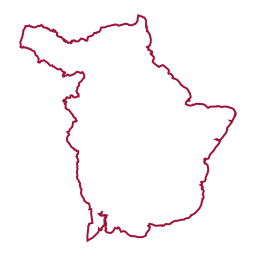 Eton, Shefa, Vanuatu (orthographic projection)
{"feature_id": "77236927B17135940935596", "entity_name": "Eton", "entity_type": "district", "adm_level": 2, "iso_a3": "VUT", "parent_name": "Vanuatu", "parent_adm1": "Shefa", "projection": "orthographic", "projection_center": [168.474, -17.706], "detail": "fine", "context": "isolated", "style": "outline", "palette": "rose", "viewbox_px": 256, "rotation_deg": 0, "n_neighbors": 0, "source": "geoboundaries", "source_scale": "gbopen_adm2", "svg_char_len": 5644}
<svg xmlns="http://www.w3.org/2000/svg" viewBox="0 0 256 256"><path d="M67.3,141.3L68.8,142.8L71.5,147.1L73.8,148.5L73.9,149.4L75.7,149.8L76.6,151.1L78.2,151.1L78.1,153.6L77.0,154.6L77.1,156.1L76.5,156.6L77.8,159.0L78.4,161.3L78.1,162.1L77.2,162.3L77.0,163.4L77.4,166.0L77.2,167.6L77.6,168.8L76.9,171.1L77.4,176.1L76.8,176.8L77.5,178.9L78.8,180.8L78.9,181.7L79.9,182.9L80.1,183.9L79.7,185.1L80.3,186.0L80.4,187.8L81.5,189.4L81.0,193.0L81.5,195.0L82.5,196.8L83.6,198.0L84.2,200.6L86.9,202.9L88.7,203.3L89.5,205.2L89.8,206.9L89.8,208.7L89.5,209.2L91.0,209.1L91.4,209.9L91.1,213.5L92.5,222.9L89.2,223.7L88.9,225.3L88.1,226.4L88.3,227.7L87.4,235.8L87.5,240.6L92.5,237.8L96.2,234.4L98.4,232.0L98.8,230.8L98.9,228.8L99.6,229.6L100.9,230.2L101.4,230.0L101.7,229.4L101.2,228.9L101.3,228.2L102.5,227.2L102.7,226.3L104.6,224.9L104.4,219.5L104.8,218.0L106.0,216.8L106.0,216.2L104.9,215.6L101.3,215.7L99.8,214.9L99.1,214.0L99.9,214.1L101.5,213.2L101.5,212.5L102.3,211.2L101.6,213.3L100.3,214.2L100.2,214.8L102.3,215.5L104.4,215.0L106.7,215.4L106.4,215.7L106.4,217.2L105.4,218.4L105.1,219.6L106.2,224.2L105.4,227.5L106.3,229.0L105.7,229.4L105.9,230.0L105.4,230.8L106.6,232.1L107.8,232.6L110.9,233.0L112.6,231.8L113.9,230.1L114.9,227.9L117.2,228.6L118.1,227.3L119.6,228.3L119.8,229.4L121.1,231.8L123.5,231.1L125.3,231.6L128.4,234.7L131.0,236.1L134.9,236.3L138.2,237.1L142.4,237.1L145.7,235.8L146.2,233.4L149.2,229.6L149.9,227.0L148.3,226.1L148.2,225.7L149.3,225.3L149.5,223.8L153.0,224.6L153.9,225.2L156.0,225.8L161.6,225.3L161.5,225.7L162.7,225.9L164.4,225.3L164.8,224.5L166.0,224.0L168.5,224.3L170.6,223.8L171.3,222.8L174.7,220.9L177.9,220.7L181.3,219.7L183.8,219.7L185.3,218.6L188.9,217.9L190.7,216.1L191.1,215.1L191.7,215.1L195.0,213.2L199.3,208.6L201.4,204.6L201.7,202.2L202.5,200.0L202.2,199.1L203.2,198.5L203.7,196.6L202.7,194.4L203.7,191.4L203.1,189.7L202.1,189.5L201.7,188.4L201.8,187.7L202.8,187.4L202.5,186.4L202.0,185.5L201.3,185.5L200.5,185.0L201.9,184.1L202.0,183.4L201.7,182.5L200.4,181.9L202.5,182.0L204.9,181.1L205.6,179.5L205.7,177.5L207.8,172.4L208.3,169.6L207.6,165.3L206.2,163.8L204.8,163.5L204.8,162.5L204.2,161.9L205.7,159.8L204.5,160.5L204.2,159.6L205.2,158.5L206.8,159.0L208.0,158.7L208.9,158.0L209.7,155.2L211.5,152.8L213.1,151.4L215.6,147.5L219.1,143.3L219.9,141.5L219.8,141.0L215.9,139.4L216.8,139.1L217.6,139.7L220.4,140.0L226.0,132.9L227.3,129.6L227.0,128.2L231.6,122.6L231.7,122.0L230.5,120.9L232.2,121.1L235.6,114.7L235.7,112.3L235.2,114.5L234.2,116.6L235.2,114.1L235.3,112.2L233.8,109.4L232.1,108.3L226.8,106.6L223.4,106.6L221.3,107.2L219.5,106.2L217.0,106.2L216.8,106.5L210.7,106.7L209.4,107.0L208.3,107.9L207.3,107.4L205.4,105.4L202.7,104.1L195.9,103.8L194.2,104.8L192.6,104.6L192.0,105.4L190.2,105.6L187.9,105.1L185.8,104.1L185.9,102.8L186.6,101.4L188.0,100.4L188.8,101.0L189.5,100.7L189.2,99.4L188.7,99.0L190.3,97.8L190.7,96.7L190.0,93.7L187.8,89.6L186.7,88.4L183.2,86.6L181.7,85.2L180.7,84.7L180.4,83.5L177.4,80.0L174.7,78.6L173.0,78.4L172.5,77.8L173.0,77.2L172.9,76.5L171.6,74.6L169.9,73.6L168.6,73.7L168.4,72.6L169.0,70.7L168.4,69.6L163.2,65.2L161.9,65.3L159.0,67.0L158.2,66.0L157.0,65.7L152.7,62.0L153.4,59.3L153.9,58.8L153.8,57.0L152.0,54.9L151.2,54.7L150.6,53.3L152.1,52.9L152.0,51.6L149.5,50.1L148.4,49.9L148.6,48.2L147.2,47.5L146.9,47.1L149.1,46.1L150.0,44.9L150.6,42.9L150.9,39.5L149.8,34.6L147.6,31.1L147.2,31.4L146.8,31.0L147.1,30.6L147.0,28.8L146.5,27.9L146.9,27.9L146.9,27.1L146.5,25.9L146.1,26.0L146.0,24.5L146.2,21.0L145.2,18.7L143.9,17.3L143.2,17.4L142.3,16.7L138.2,15.4L137.4,21.1L135.6,23.8L134.4,24.0L132.4,25.3L128.9,25.0L127.9,24.2L125.6,23.7L118.7,25.7L116.8,24.6L115.1,24.5L106.8,26.5L104.7,27.4L101.4,27.5L100.9,28.0L100.5,29.9L99.2,31.8L97.5,32.1L96.2,33.1L95.9,32.8L94.2,33.0L92.7,35.4L88.0,37.0L87.4,39.1L87.6,39.8L87.1,40.6L85.8,40.7L84.5,39.5L81.1,38.5L78.8,41.1L78.0,41.3L75.9,41.5L75.5,40.9L74.3,40.3L73.3,40.5L73.7,40.8L71.9,40.7L71.4,41.3L71.8,42.0L71.7,42.4L70.9,43.2L69.6,42.5L68.0,43.0L67.0,41.6L65.7,41.9L64.6,41.2L65.6,40.7L64.9,40.2L63.7,40.2L63.5,39.8L64.0,39.4L62.4,38.5L61.3,36.9L59.7,37.0L57.2,35.6L56.8,35.1L57.3,33.1L55.9,31.9L54.8,31.8L55.3,31.0L55.0,30.5L54.1,30.5L53.4,29.8L53.0,31.0L52.4,31.2L51.7,30.5L50.2,30.5L49.1,29.3L48.3,29.2L48.1,28.5L47.4,28.1L46.6,28.3L45.6,27.5L43.5,27.4L43.0,26.8L42.8,25.9L41.9,25.6L41.4,24.9L39.9,26.0L38.2,25.9L35.9,27.1L34.6,27.4L32.6,27.1L31.4,26.4L30.4,26.6L29.3,25.5L27.9,26.0L25.9,26.1L25.3,26.3L25.4,27.4L23.2,30.6L23.4,31.6L22.2,37.2L20.3,42.1L20.8,44.9L20.5,47.1L22.0,47.7L23.1,46.8L23.9,47.6L25.5,47.3L27.2,48.3L28.6,48.2L29.4,49.1L31.3,49.5L31.7,50.2L34.4,51.4L35.7,55.0L37.3,56.3L38.7,58.8L38.2,62.2L39.7,62.6L41.4,60.7L42.1,60.9L43.8,60.2L48.1,63.2L49.7,65.3L50.8,65.7L52.3,65.3L53.1,66.6L54.0,66.7L56.5,68.6L58.2,69.4L60.8,69.0L61.5,70.2L63.4,72.0L65.1,72.4L65.2,72.7L63.1,74.4L62.9,75.3L63.3,76.6L64.1,76.5L64.7,75.7L66.2,75.5L67.8,74.5L69.5,75.7L70.5,75.6L74.1,74.0L76.9,71.8L79.2,72.3L80.8,73.1L81.9,72.2L82.6,72.2L84.2,75.2L84.3,77.7L83.7,77.9L81.3,81.2L79.1,82.9L79.1,85.3L77.4,87.4L77.4,89.2L76.4,90.9L77.1,92.2L77.2,93.3L78.5,94.0L78.6,96.4L77.2,96.4L76.2,97.1L74.3,97.4L73.3,97.1L72.6,95.6L70.9,95.3L70.5,95.7L70.4,97.6L70.1,97.9L68.5,97.9L66.9,97.2L66.2,97.9L66.1,98.9L65.1,99.6L64.0,99.8L63.2,100.9L63.6,101.5L65.1,101.3L66.2,101.7L66.3,102.4L64.7,103.8L65.7,104.8L65.6,108.2L66.5,108.6L66.7,109.2L69.0,110.0L69.4,110.8L70.2,111.4L70.9,112.9L72.5,114.5L73.1,116.1L73.9,116.6L74.3,117.7L75.7,118.4L76.2,120.3L76.7,120.8L75.8,121.7L74.4,121.5L72.9,122.3L72.7,125.1L72.2,126.9L69.7,129.6L69.3,131.2L67.4,132.1L68.4,133.1L69.2,134.6L68.1,135.7L66.9,138.3L67.3,141.3Z" fill="none" stroke="#9f1239" stroke-width="2"/></svg>